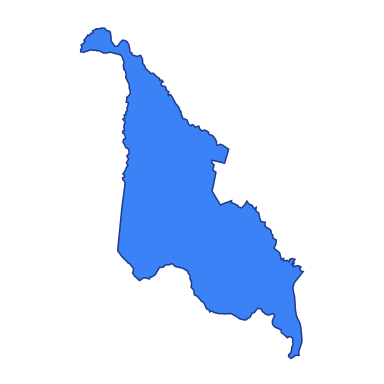 outline of Venâncio Aires, Rio Grande do Sul, Brazil, rotated 13°
{"feature_id": "56859067B17249233565131", "entity_name": "Venâncio Aires", "entity_type": "district", "adm_level": 2, "iso_a3": "BRA", "parent_name": "Brazil", "parent_adm1": "Rio Grande do Sul", "projection": "natural_earth1", "projection_center": [-52.217, -29.554], "detail": "fine", "context": "isolated", "style": "filled", "palette": "blue", "viewbox_px": 384, "rotation_deg": 13, "n_neighbors": 0, "source": "geoboundaries", "source_scale": "gbopen_adm2", "svg_char_len": 4339}
<svg xmlns="http://www.w3.org/2000/svg" viewBox="0 0 384 384"><g transform="rotate(13 192 192)"><path d="M318.2,244.5L316.2,244.5L314.2,242.8L315.1,240.7L312.5,239.8L309.6,240.6L308.4,241.8L306.8,241.6L307.5,238.5L305.8,239.4L307.5,234.4L304.7,234.3L302.4,235.5L302.1,238.2L299.9,237.2L296.8,238.6L296.2,236.1L294.1,237.5L291.2,231.7L288.4,230.1L286.2,229.2L284.4,228.1L285.1,225.8L285.5,223.7L284.9,219.8L281.3,218.8L280.4,215.9L278.6,214.6L277.8,212.1L276.0,210.7L273.5,210.1L270.9,208.9L270.0,204.9L265.8,205.3L264.3,202.8L263.1,200.5L261.7,197.4L258.3,195.9L258.0,192.6L256.4,194.2L255.1,193.1L253.5,191.4L250.5,191.1L247.5,188.5L246.8,191.2L245.6,193.7L244.0,196.2L241.5,196.5L240.0,195.0L237.3,194.3L234.7,193.6L232.7,193.5L232.5,191.5L231.0,192.5L229.1,193.8L225.8,195.9L222.5,198.3L211.2,186.4L211.4,182.2L210.9,167.4L207.2,165.9L207.5,160.7L204.5,159.0L204.5,156.5L217.3,156.6L218.1,142.0L213.2,140.2L211.3,139.4L208.7,139.1L207.0,140.6L205.2,140.6L204.7,137.9L203.3,135.7L199.6,132.5L197.3,132.2L195.3,132.0L194.7,130.1L192.2,129.0L189.9,128.9L187.9,130.3L185.5,128.9L183.8,126.3L182.3,126.9L180.4,128.2L178.6,126.5L177.0,126.4L175.7,127.8L173.4,126.7L171.0,123.0L168.9,122.5L166.7,122.6L165.5,120.6L163.9,118.7L163.4,116.5L161.4,114.7L160.0,112.4L158.4,111.0L156.5,109.8L154.7,107.8L152.3,105.0L150.6,103.1L148.8,101.8L147.4,103.4L146.6,101.5L146.9,99.5L144.1,98.6L143.2,96.4L141.9,95.1L140.2,95.4L138.4,95.2L137.3,92.8L139.1,91.2L137.5,89.8L135.5,90.4L134.8,88.7L132.4,87.9L129.9,86.5L127.8,85.0L125.0,85.8L123.3,84.5L120.3,82.9L118.8,82.0L117.6,79.8L115.1,77.8L113.8,73.5L112.5,72.1L111.2,70.4L107.8,72.3L102.9,71.8L101.7,69.7L99.8,69.5L99.2,66.6L97.3,62.7L95.1,60.3L93.0,59.5L90.0,59.7L88.5,62.3L86.7,66.7L84.0,67.3L80.7,64.2L79.2,63.3L78.6,60.3L76.5,54.7L74.8,53.7L72.7,54.0L70.3,52.1L68.1,52.3L66.3,52.9L64.0,54.3L62.2,54.4L61.0,55.6L58.8,57.5L60.0,59.2L57.8,60.1L56.8,62.6L55.1,62.5L53.8,66.3L52.5,68.4L54.2,69.7L50.9,73.7L52.5,76.5L51.5,78.1L52.0,80.5L55.0,80.2L57.3,78.8L59.0,77.8L61.0,76.4L63.7,76.2L65.8,75.5L67.5,75.8L69.4,75.2L71.6,75.7L74.5,76.5L77.3,75.8L81.2,74.1L90.7,74.5L92.4,74.9L93.7,76.5L95.0,78.5L96.8,80.7L96.5,83.4L97.1,85.4L97.8,87.6L99.5,88.8L100.7,90.6L101.4,92.8L101.7,95.6L103.1,97.0L104.6,99.0L106.6,101.2L107.1,103.6L107.8,105.5L108.8,107.2L109.7,109.7L108.8,112.4L107.2,114.3L107.6,117.1L107.7,119.4L109.9,119.1L110.1,121.6L109.7,124.9L110.6,127.0L109.5,129.0L110.2,131.5L108.6,132.1L109.8,135.5L108.2,136.6L109.8,137.9L111.4,138.8L110.9,140.9L110.8,143.0L111.3,144.9L112.5,147.3L110.8,148.2L111.2,150.1L113.1,150.9L114.5,152.9L115.1,155.1L113.5,156.0L113.6,159.1L116.0,161.4L117.4,163.7L119.7,164.0L121.0,165.5L122.0,167.9L121.4,169.8L120.3,171.5L121.5,172.7L122.8,174.4L122.1,176.5L121.6,178.5L123.5,180.0L122.8,182.0L122.2,185.2L121.4,188.2L120.6,190.0L122.1,190.8L123.1,192.3L121.1,193.9L121.9,195.6L123.6,196.7L125.0,198.7L125.1,200.7L127.3,223.7L132.8,266.0L134.6,267.4L136.1,268.9L137.4,270.1L139.2,271.4L142.8,273.5L145.9,275.6L147.8,276.1L149.4,277.5L151.8,279.2L152.7,282.0L152.2,284.0L153.6,285.5L154.9,286.8L156.8,287.8L159.5,289.5L161.0,290.1L164.1,286.5L167.4,286.1L169.8,286.5L170.5,284.7L172.0,283.6L174.3,281.6L175.2,279.7L175.8,277.3L176.7,275.0L177.1,273.0L181.0,271.6L182.4,269.1L184.2,268.6L186.5,267.9L188.1,266.3L189.9,266.8L191.4,267.8L193.4,268.5L195.3,268.2L197.6,268.5L199.9,268.2L202.0,269.0L205.3,270.0L206.6,272.0L209.1,274.1L209.4,276.8L210.7,278.4L211.7,279.9L212.3,282.1L212.6,285.1L215.0,286.6L216.3,288.4L217.3,291.6L219.8,292.2L221.5,293.0L223.6,294.5L225.6,296.3L227.7,296.8L229.8,298.8L231.6,301.6L233.4,302.9L235.2,303.1L236.2,304.9L237.9,303.6L241.0,304.5L246.4,304.4L248.3,303.8L251.0,303.5L257.3,301.7L264.1,303.6L266.6,304.8L271.1,305.0L273.6,304.4L274.6,302.8L276.7,301.1L277.8,296.5L279.9,295.5L280.7,293.5L282.2,290.6L285.8,290.4L287.3,292.5L291.4,294.5L294.6,294.7L298.1,292.3L300.3,293.8L299.6,297.4L299.3,299.6L300.1,302.4L301.5,304.0L303.7,305.1L309.9,306.2L310.5,308.8L315.1,310.9L317.6,312.6L319.7,310.7L323.0,311.8L323.6,314.3L324.8,317.9L324.2,320.4L324.6,326.2L322.9,328.7L323.1,330.6L325.9,331.9L329.9,327.7L333.1,327.2L331.9,323.6L332.8,313.7L332.1,310.4L329.0,300.9L327.2,296.4L321.7,289.3L319.4,283.9L318.3,280.1L315.6,271.2L313.1,266.1L311.8,262.4L312.1,257.5L318.2,244.5Z" fill="#3b82f6" stroke="#1e3a8a" stroke-width="1.5"/></g></svg>